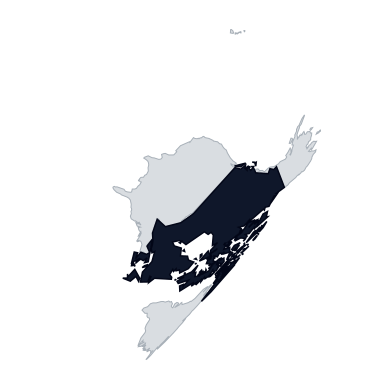 Canada and the surrounding countries, rotated 133°
{"feature_id": "CAN", "entity_name": "Canada", "entity_type": "country or territory", "adm_level": 0, "iso_a3": "CAN", "parent_name": "North America", "parent_adm1": "", "projection": "equal_earth", "projection_center": [-89.555, 62.395], "detail": "fine", "context": "with_neighbors", "style": "filled", "palette": "ink", "viewbox_px": 384, "rotation_deg": 133, "n_neighbors": 2, "source": "natural_earth", "source_scale": "50m", "svg_char_len": 11494}
<svg xmlns="http://www.w3.org/2000/svg" viewBox="0 0 384 384"><g transform="rotate(133 192 192)"><path d="M145.3,177.2L207.0,177.2L207.0,176.1L207.8,176.1L208.1,177.6L208.8,178.1L212.6,178.8L214.8,179.6L216.6,179.3L220.1,180.0L222.1,179.2L230.0,183.2L230.3,184.0L230.8,184.3L230.7,184.6L231.7,184.4L232.3,185.5L233.3,185.9L233.0,186.4L235.5,187.8L236.6,193.1L234.5,197.7L234.8,198.4L235.6,198.9L244.2,195.3L243.5,193.4L244.6,193.0L249.0,192.9L249.6,191.8L253.2,188.8L260.9,188.8L261.0,188.1L262.7,187.5L263.8,183.8L265.2,181.6L266.1,182.4L267.5,181.9L268.7,182.8L269.2,186.8L271.4,189.4L264.5,192.8L263.1,195.3L263.2,196.9L264.2,198.5L265.2,198.6L264.8,197.5L265.6,198.1L265.5,199.0L258.7,200.3L256.8,201.2L260.3,200.6L261.0,201.2L257.8,202.1L256.3,202.1L256.3,201.8L255.7,202.6L256.4,202.8L256.0,205.0L254.4,207.4L254.2,206.6L252.8,205.7L253.5,207.3L254.1,207.9L254.2,209.1L252.3,212.9L252.7,210.6L251.4,209.4L251.0,206.8L250.6,208.1L251.2,210.1L249.6,209.6L251.3,210.6L251.6,213.7L252.3,213.9L253.1,218.2L251.7,220.6L249.2,221.6L247.7,223.5L246.5,223.7L245.3,224.9L245.0,226.0L242.4,228.1L239.9,231.7L239.6,234.0L240.1,236.3L242.2,241.6L242.2,243.0L243.6,247.0L243.5,250.6L242.9,252.7L242.1,253.1L240.9,252.7L240.4,251.2L239.4,250.4L236.4,243.6L236.9,241.3L236.1,239.5L234.1,236.7L233.1,236.2L230.6,237.7L228.9,235.9L227.3,235.1L224.5,235.5L222.3,235.2L219.3,235.9L219.8,236.8L219.8,238.2L220.3,238.8L219.8,239.3L218.9,238.8L217.9,239.4L216.1,239.3L214.2,237.5L212.0,238.0L210.2,237.2L206.5,238.2L204.2,240.7L201.7,242.1L200.3,243.8L199.6,245.3L199.6,247.6L200.1,250.4L199.1,250.5L195.4,248.7L194.2,244.7L192.8,242.8L190.8,238.5L189.1,237.2L187.0,237.3L185.3,239.9L183.3,238.9L182.0,237.9L180.8,234.3L177.3,230.6L173.0,230.6L172.9,232.0L166.0,232.0L156.9,228.1L157.2,227.4L151.2,228.0L150.9,226.4L149.5,224.5L148.4,224.1L148.3,223.2L146.9,223.0L146.1,222.1L143.9,221.8L143.3,221.3L143.3,219.5L141.3,216.2L139.9,211.8L140.1,211.1L137.8,207.4L137.9,204.8L136.9,203.1L137.8,200.5L138.2,197.9L137.9,195.6L139.3,192.7L140.9,187.3L141.3,183.3L140.7,179.5L141.1,179.0L144.1,179.9L144.8,182.7L145.5,181.9L145.3,177.2ZM125.7,127.5L115.9,147.5L117.9,147.5L119.6,148.2L121.7,150.9L124.2,149.5L126.6,148.7L127.2,150.0L129.7,152.1L131.5,156.7L134.5,158.4L134.1,160.0L132.5,161.3L130.1,159.5L130.2,157.2L128.2,155.2L127.9,152.8L122.8,152.6L120.6,151.9L117.4,149.3L112.5,148.0L109.6,148.2L104.3,146.1L101.8,146.6L101.4,148.3L97.6,148.9L92.9,150.2L93.4,148.8L95.5,146.5L98.0,145.8L97.8,145.2L94.5,146.5L92.3,148.1L88.5,149.8L89.4,151.0L86.5,152.7L81.3,154.5L80.2,155.7L76.3,157.0L75.0,158.2L71.9,159.3L70.6,159.1L63.4,161.6L59.3,162.3L59.3,161.9L67.8,158.4L70.5,158.1L72.1,157.1L75.8,155.6L78.6,154.2L79.9,152.3L81.8,150.8L79.0,151.6L78.6,151.1L77.0,152.0L76.4,150.8L75.3,151.7L75.2,150.5L72.6,151.4L71.4,151.4L72.1,150.0L73.0,149.1L72.2,148.2L69.3,148.7L67.3,147.0L68.1,145.7L67.2,144.7L68.9,143.3L71.4,142.1L72.8,140.9L74.5,140.8L75.6,141.1L77.9,140.0L79.2,140.2L81.1,139.5L81.4,138.5L80.6,138.2L82.6,137.3L79.0,137.8L78.1,138.3L76.9,137.8L74.0,138.1L71.6,137.5L71.4,136.7L69.9,135.5L78.2,133.6L79.7,133.6L78.7,134.6L82.8,134.5L82.2,133.3L80.4,132.5L78.7,130.7L76.6,130.1L78.4,129.0L81.7,129.0L84.7,128.1L85.9,127.2L88.4,126.4L94.3,125.4L95.9,125.5L99.3,124.6L101.8,124.9L102.5,125.7L103.6,125.4L106.5,125.5L106.2,125.9L108.7,126.2L110.7,126.0L118.8,127.0L121.4,126.7L125.7,127.5ZM59.9,139.5L60.8,139.9L62.1,139.7L65.0,140.6L62.8,141.3L61.3,140.4L59.5,140.5L59.1,140.3L59.9,139.5ZM48.2,270.4L49.5,272.4L46.9,274.5L46.3,274.0L46.3,271.7L47.0,270.8L47.1,269.7L48.2,270.4ZM47.0,268.0L45.8,268.7L45.2,267.5L45.5,267.2L47.0,268.0ZM45.3,266.6L45.1,267.0L43.7,266.9L44.0,266.4L45.3,266.6ZM42.3,264.7L43.0,266.1L42.8,266.3L41.8,266.1L41.5,265.2L42.3,264.7ZM39.1,263.0L38.6,264.1L37.9,263.5L38.5,262.9L39.1,263.0ZM64.8,147.3L66.3,147.5L65.9,148.4L64.4,148.8L62.6,147.7L64.8,147.3ZM88.4,153.2L89.6,153.3L90.1,154.1L85.2,156.3L84.5,155.6L84.7,154.4L88.4,153.2Z" fill="#d9dde1" stroke="#a8b0b8" stroke-width="1"/><path d="M288.9,110.3L294.1,109.8L299.8,109.8L301.7,109.6L307.4,109.5L320.3,109.6L330.9,110.2L328.2,110.5L313.3,110.6L314.2,110.7L319.9,110.6L325.1,110.9L328.0,110.7L329.6,111.0L328.3,111.5L332.2,111.2L339.8,110.8L344.8,111.0L346.1,111.4L340.0,112.0L339.3,112.2L334.2,112.4L338.1,112.5L336.1,113.9L337.2,115.2L339.9,116.1L337.3,116.1L334.9,116.5L338.6,117.2L340.0,118.4L338.2,118.6L341.5,119.8L337.7,119.9L340.2,120.5L340.1,121.1L335.3,121.3L338.4,122.4L338.9,123.2L334.9,122.5L334.3,122.9L337.0,123.3L340.1,124.4L341.8,125.8L338.9,126.1L334.1,124.4L335.5,125.6L334.0,126.6L341.4,126.7L333.6,129.8L326.6,130.5L325.1,131.3L323.7,133.4L320.4,134.8L314.3,135.9L313.3,137.2L314.0,138.7L313.6,140.2L311.2,142.0L312.8,143.7L312.5,148.0L309.8,148.1L306.1,146.2L302.1,146.2L299.7,144.9L297.6,142.6L293.2,139.9L291.7,138.4L290.8,136.5L287.5,134.6L287.6,133.1L286.1,132.3L287.1,130.1L289.6,129.3L290.0,128.5L289.8,127.1L285.6,128.3L283.1,127.7L282.5,126.5L282.9,125.5L288.4,125.9L283.0,124.2L281.3,124.5L279.7,124.1L281.1,122.5L275.3,119.2L272.9,118.6L272.7,118.0L267.8,117.2L255.4,117.3L250.2,116.0L254.6,115.6L257.9,115.6L250.6,115.2L246.7,114.8L246.9,114.3L259.0,113.2L259.6,112.8L255.0,112.5L256.3,112.1L261.8,111.4L264.2,111.3L263.4,110.9L272.1,110.6L277.1,110.6L279.0,110.8L283.1,110.4L293.0,111.0L288.9,110.6L288.9,110.3Z" fill="#d9dde1" stroke="#a8b0b8" stroke-width="1"/><path d="M134.5,158.4L126.6,148.7L121.8,150.9L119.8,147.4L115.9,147.5L125.6,127.6L135.2,129.4L134.4,128.6L146.8,126.8L140.4,128.3L138.7,129.1L139.0,129.3L150.0,125.9L153.2,128.1L155.9,126.7L155.8,128.1L174.3,130.0L171.9,131.1L181.3,130.8L186.0,133.9L185.2,131.1L189.6,129.6L184.8,129.6L188.9,129.0L204.7,131.5L202.6,130.0L204.9,129.8L207.6,130.3L208.4,132.7L206.6,132.6L207.7,133.5L207.3,132.9L208.5,132.8L208.8,132.2L208.5,130.7L212.3,129.6L206.8,126.6L210.4,123.5L215.8,126.7L213.4,127.6L217.9,128.0L216.4,128.3L218.2,130.2L222.2,129.2L223.6,132.4L228.1,129.3L226.8,127.3L234.7,129.3L232.4,129.9L234.6,132.6L231.1,134.0L228.9,132.8L228.3,132.7L227.8,132.9L230.2,134.3L224.8,133.7L226.3,134.5L223.5,136.2L219.1,134.9L215.9,134.9L224.3,136.5L222.2,138.6L211.4,138.7L217.2,140.6L209.0,147.0L208.4,150.5L212.0,151.3L212.7,155.8L234.6,160.6L235.1,166.0L236.2,168.2L241.9,172.2L243.5,168.1L240.3,161.6L246.6,156.9L242.0,151.5L244.2,148.2L242.0,142.9L250.6,142.4L259.6,145.8L257.6,148.1L260.5,149.9L259.1,151.2L262.7,151.3L261.7,153.3L267.7,152.0L268.2,148.7L269.9,147.6L280.7,160.6L287.7,161.8L281.9,164.3L282.3,165.4L288.0,163.0L293.0,168.3L284.4,173.6L270.3,173.8L260.9,178.7L263.8,179.8L260.9,183.5L258.8,184.2L254.3,187.3L249.0,192.9L235.6,198.9L235.5,187.8L222.1,179.2L207.0,176.1L144.8,177.2L142.0,171.9L135.9,171.1L138.5,169.6L136.5,168.3L138.7,168.6L138.6,166.5L136.4,168.1L135.5,169.4L136.1,163.8L132.1,164.1L134.5,158.4ZM224.8,125.2L227.9,125.1L228.1,124.1L225.9,123.5L228.8,122.2L226.7,121.7L233.3,120.7L235.8,122.2L234.8,123.6L241.8,122.3L246.6,123.4L245.6,124.8L251.5,124.3L249.9,125.5L257.5,125.9L254.9,126.9L261.4,128.3L256.7,129.1L272.7,133.4L269.2,137.0L265.4,135.3L266.9,134.1L258.8,134.4L268.3,139.7L267.5,142.1L259.6,139.7L265.4,143.8L250.8,137.8L241.3,137.7L250.0,135.8L248.1,134.4L251.9,132.2L248.4,129.4L243.3,129.4L244.9,128.4L238.4,125.9L233.8,126.8L235.2,127.5L222.4,126.5L219.6,125.1L223.8,125.2L218.6,123.6L220.9,121.2L227.4,120.6L224.5,122.2L225.4,123.6L227.6,124.6L224.8,125.2ZM252.0,110.0L265.6,110.5L240.4,113.1L244.5,113.6L237.7,113.6L244.7,114.0L232.1,115.7L239.1,116.2L234.4,117.1L219.4,116.7L224.1,115.8L222.0,115.1L228.0,115.6L229.5,115.5L231.1,114.8L222.8,114.6L224.0,113.9L229.9,113.9L232.4,113.7L224.5,112.3L234.5,113.0L230.3,112.3L240.3,111.8L237.2,111.7L240.2,111.2L226.7,112.1L224.3,112.0L229.7,111.5L222.5,111.9L219.9,111.7L224.5,111.6L227.0,111.4L216.0,111.1L252.0,110.0ZM175.3,122.5L183.4,121.9L186.8,124.1L186.6,121.6L189.7,121.5L192.5,125.1L198.8,127.3L194.1,127.6L197.0,128.5L194.9,129.2L188.2,128.0L176.1,129.8L169.2,126.9L179.4,126.4L168.8,125.8L167.6,125.2L173.4,124.3L166.9,123.9L171.9,121.7L176.1,121.4L175.3,122.5ZM270.9,188.3L268.6,182.7L265.2,181.6L262.3,188.0L253.5,188.8L272.9,176.4L276.0,178.5L270.7,180.0L275.4,180.8L276.4,185.2L284.8,188.0L275.3,193.3L273.5,190.3L279.4,187.8L270.9,188.3ZM158.4,119.7L174.1,121.0L159.6,125.0L154.8,123.5L159.6,120.6L158.4,119.7ZM215.6,111.5L222.5,112.2L226.9,113.3L216.3,114.6L211.7,113.7L216.5,113.2L207.5,112.5L215.6,111.5ZM211.4,116.2L220.5,118.1L232.1,117.6L237.0,118.9L216.1,119.3L213.4,116.9L207.0,116.4L211.4,116.2ZM176.1,116.7L192.1,117.8L179.6,119.6L176.4,119.3L182.4,118.5L171.1,118.4L176.1,116.7ZM293.8,170.1L292.0,175.4L299.3,176.3L302.2,183.9L298.9,180.5L295.9,183.3L297.7,181.0L287.6,181.1L290.7,171.5L293.8,170.1ZM198.5,121.1L202.6,120.7L206.2,120.6L203.8,121.9L207.1,122.3L206.9,123.8L202.2,124.6L196.2,122.2L200.8,122.0L198.5,121.1ZM226.5,135.1L229.1,135.9L237.5,139.5L224.1,139.9L226.5,135.1ZM208.8,120.7L218.0,120.5L209.4,123.4L208.8,120.7ZM175.5,115.6L172.2,117.0L162.5,117.2L169.5,115.7L175.5,115.6ZM205.6,116.7L204.9,118.7L196.7,117.9L199.9,117.6L198.6,116.8L205.6,116.7ZM192.8,113.5L202.0,114.0L203.6,114.8L192.8,113.5ZM134.2,172.4L140.3,173.5L144.0,178.7L134.2,172.4ZM234.7,120.8L241.1,121.0L243.2,122.0L234.7,120.8ZM201.1,128.8L207.1,128.2L208.9,129.2L201.1,128.8ZM212.6,118.7L210.8,119.3L207.3,118.7L210.3,117.9L212.6,118.7ZM206.4,113.9L210.4,114.7L204.8,113.9L206.4,113.9ZM243.2,130.3L246.2,131.8L242.5,131.7L243.2,130.3ZM181.2,114.8L185.7,114.7L179.5,115.0L181.2,114.8ZM193.1,120.9L190.2,121.4L189.0,121.0L193.1,120.9ZM285.2,182.9L285.2,186.6L286.0,185.0L287.2,186.0L285.5,187.1L283.6,186.7L285.2,182.9ZM183.8,114.0L186.3,114.4L179.7,114.4L183.8,114.0ZM281.2,176.9L278.4,176.5L274.9,174.7L278.6,175.2L281.2,176.9ZM234.2,141.4L232.3,143.0L230.6,142.5L231.5,141.5L234.2,141.4ZM126.6,165.2L129.6,163.0L128.2,165.4L126.6,165.2ZM208.1,115.3L212.7,115.1L213.4,115.2L208.1,115.3ZM197.0,117.0L195.8,117.7L194.1,117.2L197.0,117.0ZM276.5,183.8L278.2,184.2L282.0,184.6L280.4,186.0L276.5,183.8ZM238.2,142.7L239.1,144.3L237.8,143.9L238.2,142.7ZM171.7,117.2L169.2,118.0L168.2,117.9L171.7,117.2ZM218.4,115.3L217.0,115.6L216.7,115.3L218.4,115.3ZM192.9,115.2L192.9,115.8L191.6,115.1L192.9,115.2ZM126.9,165.7L128.0,166.4L129.0,168.4L126.9,165.7ZM237.5,165.5L237.7,166.7L235.6,165.9L237.5,165.5ZM202.6,112.4L203.9,112.9L202.0,112.6L202.6,112.4ZM195.2,118.5L193.4,118.7L193.0,118.6L195.2,118.5ZM193.8,116.6L195.3,116.6L196.5,116.8L193.8,116.6ZM134.0,166.1L135.2,167.4L134.6,168.0L134.0,166.1ZM249.4,130.8L247.5,131.1L246.9,130.7L249.4,130.8ZM240.5,156.8L241.2,158.5L239.5,158.4L240.5,156.8ZM177.8,114.7L177.3,115.1L176.6,114.8L177.8,114.7ZM205.3,120.2L203.0,120.6L202.2,120.4L205.3,120.2ZM241.5,140.2L242.9,140.7L240.9,140.3L241.5,140.2ZM239.1,129.0L239.4,128.2L240.2,128.3L239.1,129.0ZM225.2,130.4L224.3,130.6L224.7,130.2L225.2,130.4ZM200.2,115.1L197.8,115.1L197.7,115.0L200.2,115.1ZM236.1,127.3L236.9,127.9L235.4,127.5L236.1,127.3ZM218.8,116.3L218.4,116.7L217.7,116.4L218.8,116.3ZM229.1,134.6L231.5,135.4L229.8,135.2L229.1,134.6ZM178.1,116.2L178.4,116.4L176.5,116.3L178.1,116.2ZM268.6,144.3L267.4,144.5L267.3,144.3L268.6,144.3ZM243.0,128.1L241.9,128.5L241.8,128.1L243.0,128.1ZM228.6,135.1L227.9,135.3L227.8,134.7L228.6,135.1ZM207.7,117.8L206.9,118.3L206.6,118.1L207.7,117.8ZM257.0,141.8L256.4,142.2L255.4,141.5L257.0,141.8ZM246.3,129.5L245.8,129.8L245.6,129.6L246.3,129.5ZM237.7,117.2L236.9,117.6L236.3,117.5L237.7,117.2ZM132.7,164.9L132.6,165.6L131.6,164.6L132.7,164.9Z" fill="#0f172a" stroke="#020617" stroke-width="1.5"/></g></svg>